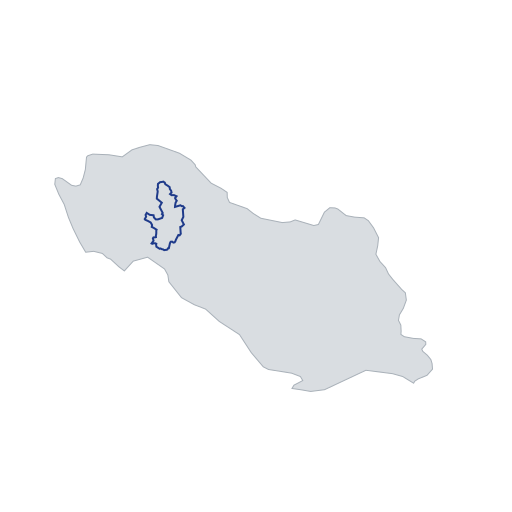 Mirditë, Lezhë, Albania (highlighted), rotated 304°
{"feature_id": "67620474B99888539945274", "entity_name": "Mirditë", "entity_type": "district", "adm_level": 2, "iso_a3": "ALB", "parent_name": "Albania", "parent_adm1": "Lezhë", "projection": "orthographic", "projection_center": [19.989, 41.852], "detail": "fine", "context": "in_parent", "style": "outline", "palette": "blue", "viewbox_px": 512, "rotation_deg": 304, "n_neighbors": 0, "source": "geoboundaries", "source_scale": "gbopen_adm2", "svg_char_len": 3004}
<svg xmlns="http://www.w3.org/2000/svg" viewBox="0 0 512 512"><g transform="rotate(304 256 256)"><path d="M170.0,155.2L170.4,148.3L172.1,137.2L171.2,133.6L172.2,127.2L169.1,118.8L163.9,112.7L169.0,102.0L176.4,89.1L183.2,78.8L191.5,68.2L197.0,57.9L202.9,49.1L208.0,46.4L210.5,48.3L211.8,52.1L211.5,63.6L213.2,67.6L216.7,70.5L224.0,69.1L232.2,66.2L243.2,60.2L245.1,60.5L249.2,63.7L257.7,77.5L263.4,89.7L274.6,93.8L280.8,98.6L288.9,105.7L292.8,113.0L298.4,135.1L299.1,148.5L297.6,154.6L296.2,156.2L291.3,178.1L292.6,189.2L292.6,196.5L288.4,199.5L285.6,204.1L290.3,222.2L289.7,230.0L290.0,238.9L298.4,259.1L303.4,265.3L307.8,268.3L313.6,286.9L317.0,290.1L330.6,288.2L337.3,290.2L340.0,294.6L340.7,297.6L339.9,308.1L343.4,316.1L348.1,324.3L348.1,329.4L345.1,337.7L339.7,347.4L332.5,351.2L324.5,354.4L320.7,361.9L318.8,369.9L315.2,375.9L313.1,382.4L309.7,395.6L309.0,400.4L303.5,405.3L295.0,407.4L287.4,407.8L282.3,410.1L279.7,414.7L274.9,418.3L272.0,420.0L272.0,424.0L275.6,432.4L279.6,439.2L279.7,444.7L277.7,446.2L271.5,445.5L270.2,447.6L269.5,453.7L267.9,458.9L265.3,462.1L260.9,465.6L252.7,464.5L245.0,459.3L241.0,457.6L238.7,457.8L238.1,445.0L234.8,435.0L222.7,411.0L183.5,387.6L174.3,377.1L170.3,368.2L166.3,359.9L170.2,359.7L174.0,361.8L178.9,364.4L180.9,360.2L178.8,351.1L168.9,329.8L168.2,324.0L173.2,306.2L181.6,286.3L181.2,262.2L183.8,243.9L181.1,232.1L179.8,217.5L185.9,198.2L191.0,193.5L194.1,187.4L194.4,166.8L183.1,157.1L170.0,155.2Z" fill="#d9dde1" stroke="#a8b0b8" stroke-width="1"/><path d="M249.6,140.8L248.1,141.7L247.9,144.0L247.5,148.1L242.8,148.5L239.5,154.6L239.0,154.6L238.5,154.6L238.1,154.6L238.0,155.1L238.0,155.4L237.9,156.2L235.1,156.9L231.5,154.2L230.3,152.4L230.9,149.8L232.5,148.3L230.7,144.9L230.6,141.3L230.0,141.4L229.3,141.4L228.3,141.5L227.8,142.1L227.4,142.6L227.2,142.9L226.5,143.0L224.4,143.1L224.1,143.9L224.6,146.7L224.9,149.9L224.3,151.2L223.6,152.5L221.8,153.3L222.1,155.3L222.2,158.9L221.3,159.1L219.9,160.1L218.4,161.0L216.7,161.7L215.7,162.5L214.8,161.7L214.1,160.6L213.0,160.6L211.4,162.5L208.0,162.4L208.1,163.2L209.3,164.1L210.2,165.3L210.4,166.5L209.6,166.8L208.0,168.2L208.1,172.1L208.9,172.7L209.0,174.2L209.5,175.1L209.5,176.6L210.2,177.3L211.0,178.3L211.8,178.9L213.1,178.7L213.7,179.4L218.5,177.5L220.1,177.3L221.0,178.4L220.9,180.0L221.8,180.9L223.2,180.9L224.6,180.5L230.0,179.9L230.4,181.1L232.4,181.2L233.3,180.4L237.7,177.0L238.9,177.9L241.8,178.6L244.1,174.4L247.8,173.9L253.8,169.2L255.9,169.8L256.5,167.5L255.8,166.6L255.8,165.0L251.4,161.4L252.8,160.6L255.3,159.5L257.5,159.4L258.0,157.9L258.8,156.5L261.1,156.7L260.6,153.9L259.2,152.0L259.3,150.1L260.4,150.3L261.4,150.5L261.8,150.1L262.2,149.6L262.7,149.1L263.3,147.2L264.8,145.9L264.9,143.5L264.8,140.7L265.6,139.6L265.8,139.4L265.7,139.1L265.9,137.7L265.4,137.2L264.7,136.5L263.6,135.2L262.8,135.0L261.9,134.7L261.0,134.4L260.1,134.9L259.4,135.3L257.9,136.6L256.2,136.6L254.7,138.3L253.8,138.8L252.1,139.6L251.0,140.1L249.6,140.8Z" fill="none" stroke="#1e3a8a" stroke-width="2"/></g></svg>